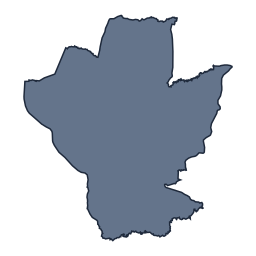 the district of Thung Si Udom, Ubon Ratchathani, Thailand
{"feature_id": "78962969B14967279450618", "entity_name": "Thung Si Udom", "entity_type": "district", "adm_level": 2, "iso_a3": "THA", "parent_name": "Thailand", "parent_adm1": "Ubon Ratchathani", "projection": "robinson", "projection_center": [104.937, 14.739], "detail": "fine", "context": "isolated", "style": "filled", "palette": "slate", "viewbox_px": 256, "rotation_deg": 0, "n_neighbors": 0, "source": "geoboundaries", "source_scale": "gbopen_adm2", "svg_char_len": 5802}
<svg xmlns="http://www.w3.org/2000/svg" viewBox="0 0 256 256"><path d="M46.2,126.9L50.0,128.8L51.9,131.3L52.3,133.0L52.6,140.9L52.9,142.2L54.4,145.4L59.0,152.3L64.9,157.4L72.5,165.8L78.0,170.5L81.2,172.3L85.0,173.0L87.2,174.8L88.1,179.7L87.4,183.9L87.6,186.1L87.1,187.1L87.8,187.5L88.7,191.0L87.4,194.0L87.0,197.2L87.5,199.5L87.6,201.7L87.4,202.5L87.7,205.8L87.4,207.2L87.6,207.3L87.2,208.7L87.7,209.0L90.0,214.0L92.3,217.4L96.8,220.2L97.6,221.2L97.8,224.3L98.3,224.5L99.0,226.2L99.6,226.7L99.3,228.2L101.0,229.3L101.4,230.4L102.1,231.1L102.1,232.5L102.7,233.4L102.1,233.7L101.5,236.2L102.4,236.8L103.0,238.2L104.3,238.2L105.5,238.9L109.5,238.2L109.8,238.4L110.1,239.6L110.9,238.8L112.8,240.6L114.8,238.7L116.3,238.4L117.0,237.6L118.9,237.7L120.0,236.5L120.7,236.8L121.4,234.8L122.9,234.8L123.2,234.1L123.9,234.1L124.2,234.4L124.1,234.8L123.5,234.8L123.6,235.4L122.9,235.7L122.9,236.1L123.6,236.5L126.3,237.0L126.5,236.6L127.5,236.5L127.6,236.2L127.5,235.9L126.3,235.8L126.5,235.1L127.2,234.9L127.5,235.7L127.9,235.8L128.6,233.9L129.0,233.4L129.5,233.2L130.2,233.8L130.7,233.8L131.8,231.1L133.0,231.8L133.3,231.3L133.7,231.3L134.5,232.0L135.8,231.2L136.4,232.1L138.7,232.9L139.3,232.9L140.4,232.0L140.6,232.3L140.7,234.0L141.7,234.2L142.3,233.8L142.0,232.9L145.9,232.8L145.9,232.3L144.7,231.2L145.4,230.8L146.0,231.6L147.7,232.5L149.9,232.2L152.2,234.2L153.3,234.0L153.4,235.0L154.2,235.4L156.1,235.5L157.5,236.0L158.7,235.5L159.9,236.9L162.6,235.3L163.5,236.1L164.4,236.1L165.8,235.2L166.0,233.5L166.8,233.4L167.3,233.9L167.7,233.8L168.3,232.9L168.1,232.1L169.1,232.2L169.4,231.1L169.8,231.4L170.4,230.9L170.0,229.0L170.3,228.3L169.9,227.8L170.4,226.8L169.7,225.5L169.6,222.0L170.4,221.6L171.0,222.4L171.3,222.4L170.8,220.7L171.2,220.4L172.3,220.5L172.2,218.8L172.9,218.7L173.3,218.1L174.8,217.8L176.1,218.4L176.2,219.2L176.6,219.5L177.2,217.8L178.6,217.9L179.2,217.3L179.9,218.9L181.5,219.6L182.6,219.2L182.7,218.5L184.1,218.3L185.5,219.1L186.1,219.1L186.4,218.8L188.0,218.2L188.8,217.2L190.3,218.8L190.2,217.3L190.0,216.9L189.6,217.0L189.4,216.2L191.0,215.7L192.9,213.4L193.8,211.8L194.0,209.3L194.8,209.2L194.9,210.3L195.3,210.4L196.1,211.5L196.4,210.8L197.0,211.1L197.6,210.7L198.2,209.3L200.0,207.4L200.7,207.3L200.9,207.9L201.5,207.8L202.3,208.4L203.0,208.1L202.5,207.2L201.9,206.9L202.3,205.3L202.6,205.1L202.5,203.6L201.8,202.5L199.6,203.0L198.8,202.1L195.3,201.8L193.8,200.6L191.8,200.2L190.5,199.3L189.4,197.0L187.3,195.6L184.8,194.5L181.6,192.4L166.1,187.5L165.1,186.6L164.6,184.9L164.8,184.4L165.3,184.3L166.5,184.4L167.5,185.6L173.6,183.7L174.1,183.4L175.2,183.8L175.9,183.2L176.4,181.9L178.7,180.5L180.5,179.9L178.0,178.9L178.3,172.0L177.9,170.9L178.4,170.5L178.7,170.6L179.2,169.9L180.3,170.2L180.5,170.8L180.8,170.5L181.1,170.7L181.3,170.0L181.7,169.9L182.7,170.4L183.6,169.8L183.8,170.1L185.6,169.7L185.9,170.3L186.3,170.2L185.9,168.2L185.5,168.1L185.4,164.0L185.0,162.2L185.8,160.3L188.5,158.2L191.6,156.9L194.9,156.3L196.5,155.5L199.1,152.8L203.0,153.2L203.6,153.0L204.3,152.1L204.6,147.4L203.4,141.3L203.5,139.9L206.2,137.6L209.9,135.5L210.5,134.9L211.7,131.6L210.7,127.6L211.5,123.5L216.7,113.5L217.3,110.7L218.2,110.0L219.4,109.7L220.2,108.8L220.1,106.8L218.0,103.8L217.9,100.4L220.5,95.9L221.8,90.0L221.8,86.9L221.5,83.9L221.7,78.4L223.4,75.1L228.5,70.9L230.4,68.5L231.9,67.3L232.0,66.4L230.1,65.5L227.1,65.0L224.7,65.0L220.9,65.6L219.4,66.2L214.2,66.0L213.5,65.3L213.0,66.0L213.7,67.5L213.5,69.6L212.6,69.7L212.5,69.3L211.2,69.0L210.9,69.9L210.3,69.3L209.8,69.8L209.3,69.7L209.0,70.7L207.4,71.3L207.1,71.8L206.1,71.5L205.7,72.2L204.7,71.6L203.3,73.2L201.4,73.6L201.2,72.8L200.4,72.7L199.2,74.1L199.1,74.8L199.6,75.3L199.1,76.3L198.6,76.8L198.2,76.2L197.4,76.1L197.1,77.9L196.1,76.9L195.3,78.1L194.1,77.8L193.7,78.6L193.0,78.4L192.0,78.7L192.2,79.4L191.8,80.4L191.1,79.3L190.9,80.0L190.1,79.7L189.8,80.3L189.1,80.4L188.1,79.8L187.5,80.8L187.8,81.4L187.2,81.6L186.7,81.3L186.2,80.2L184.9,81.0L184.6,81.6L184.2,81.2L183.9,79.9L180.8,80.4L180.7,80.0L181.5,79.6L181.0,78.8L180.0,79.5L179.9,80.3L179.0,79.6L178.4,79.7L178.3,81.3L177.7,80.9L177.1,81.0L177.2,81.9L176.2,81.9L176.0,82.6L175.1,81.7L174.5,82.2L173.9,82.0L174.0,82.8L173.0,82.7L173.1,84.1L172.9,84.8L171.0,85.7L171.0,86.6L170.5,86.3L170.2,86.8L168.9,86.7L168.5,85.9L168.4,84.2L167.1,83.0L168.0,82.1L168.8,80.3L170.7,77.8L171.6,77.3L172.3,76.1L171.9,73.1L172.8,67.4L172.9,51.5L172.4,39.1L171.8,34.3L170.6,29.5L171.9,24.2L174.4,24.6L174.8,23.4L174.8,22.3L175.2,21.2L176.1,21.3L176.7,20.7L176.5,19.2L177.0,19.0L177.1,18.0L175.9,17.8L175.1,18.2L174.4,17.9L174.4,17.4L172.4,17.3L171.3,18.1L169.1,18.5L169.0,19.1L168.6,19.0L168.4,19.4L166.9,18.9L165.5,21.1L163.4,22.0L163.2,21.5L162.6,21.5L162.4,21.1L160.3,21.1L159.0,21.6L158.2,20.9L157.8,21.0L157.8,19.8L156.8,19.5L156.4,19.0L156.4,18.6L155.2,18.5L152.9,17.4L151.8,17.7L151.3,16.9L150.0,17.5L149.9,17.9L147.2,18.1L144.4,19.7L143.4,19.7L142.1,18.8L140.6,20.6L139.2,21.1L138.4,20.1L137.5,19.7L135.5,19.4L133.0,20.0L129.1,19.4L127.1,18.4L126.3,18.6L123.3,18.1L122.9,17.3L121.9,16.5L121.9,15.8L121.2,15.4L117.6,16.6L114.0,18.7L110.1,18.8L109.4,19.4L108.5,21.3L107.9,23.2L105.6,28.2L104.9,31.9L102.1,37.9L100.2,46.7L99.7,50.3L97.9,57.3L96.4,57.0L96.3,56.5L95.4,55.6L94.2,55.7L92.9,54.5L93.1,53.8L92.7,53.4L91.7,53.4L90.9,52.2L90.5,52.2L90.5,51.5L87.6,50.4L87.1,49.4L85.9,49.4L85.2,48.9L84.6,49.2L82.8,49.1L81.8,48.7L81.1,48.0L80.0,48.7L79.3,48.6L79.1,48.2L78.4,48.4L78.2,48.1L77.8,48.1L77.7,47.3L76.4,47.3L76.3,46.8L75.8,46.9L74.7,46.0L74.2,46.9L72.0,46.7L71.4,46.4L70.6,46.8L69.1,46.8L68.5,47.6L67.4,48.2L67.3,48.7L65.8,47.8L54.8,74.1L44.3,77.9L39.3,80.9L36.6,80.6L36.2,81.3L35.3,81.0L35.4,80.6L32.3,79.9L31.0,80.5L29.0,80.0L28.9,81.3L24.9,81.4L24.0,96.4L24.1,99.1L25.5,106.0L27.5,110.7L29.3,113.2L41.7,124.1L46.2,126.9Z" fill="#64748b" stroke="#1e293b" stroke-width="1.5"/></svg>